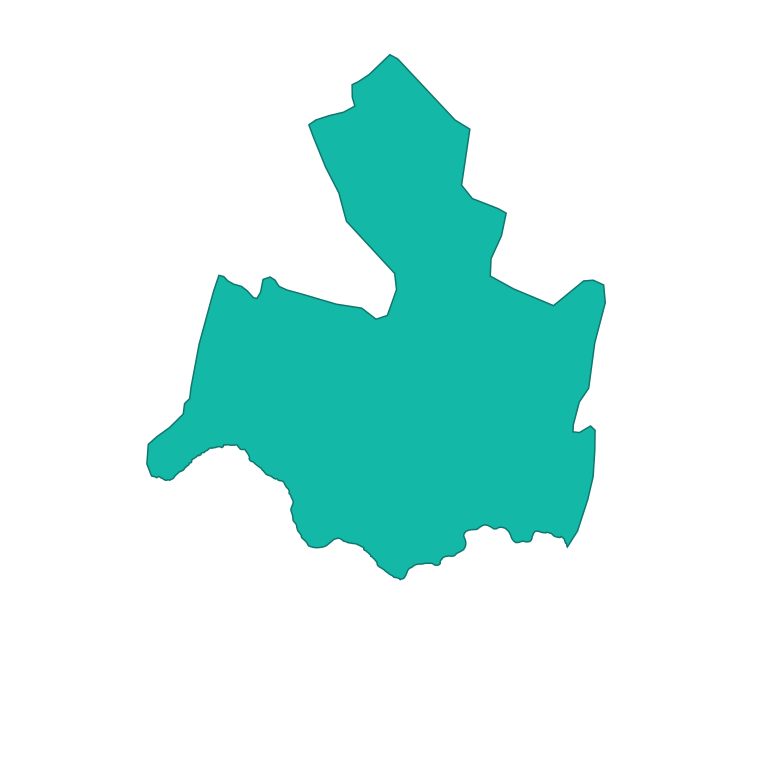 Toledo, Canelones, Uruguay (Mercator projection), rotated 318°
{"feature_id": "84410073B33780551405566", "entity_name": "Toledo", "entity_type": "district", "adm_level": 2, "iso_a3": "URY", "parent_name": "Uruguay", "parent_adm1": "Canelones", "projection": "mercator", "projection_center": [-56.115, -34.726], "detail": "fine", "context": "isolated", "style": "filled", "palette": "teal", "viewbox_px": 768, "rotation_deg": 318, "n_neighbors": 0, "source": "geoboundaries", "source_scale": "gbopen_adm2", "svg_char_len": 6171}
<svg xmlns="http://www.w3.org/2000/svg" viewBox="0 0 768 768"><g transform="rotate(318 384 384)"><path d="M618.3,252.1L613.4,235.4L611.7,151.6L608.7,143.2L580.1,144.1L566.8,142.1L560.6,140.2L552.3,149.7L548.3,158.0L535.9,155.0L523.2,148.1L510.3,142.3L501.6,141.1L496.5,154.0L485.7,183.8L478.3,211.8L465.0,237.9L465.9,309.0L456.5,322.2L442.6,329.8L432.3,335.3L421.4,330.5L418.2,312.7L401.9,292.7L381.6,259.8L374.8,249.3L371.3,241.2L372.5,233.8L371.0,228.3L364.1,225.4L353.7,233.2L346.8,235.4L344.7,232.5L344.7,223.2L343.4,216.1L339.1,209.3L336.9,202.8L336.8,197.0L334.0,192.8L319.0,201.3L273.4,230.6L238.2,257.5L229.9,264.8L222.7,265.1L214.7,272.0L195.4,272.9L180.1,271.2L168.5,271.1L154.3,284.7L149.7,296.8L150.1,297.6L150.7,298.1L151.1,298.8L151.6,299.4L151.9,300.2L152.2,301.1L152.5,301.6L153.5,301.8L154.2,301.8L154.7,302.0L155.2,302.8L155.2,303.4L155.4,304.3L155.7,305.0L156.2,305.8L156.4,307.4L156.8,308.1L157.2,309.3L158.0,310.0L158.6,310.3L159.3,310.6L159.9,311.2L160.2,311.9L160.9,312.3L161.6,312.4L162.4,312.6L163.5,313.0L164.3,313.1L165.2,313.0L166.0,312.7L167.1,312.5L168.1,312.4L171.6,312.4L172.5,312.2L174.2,312.8L175.3,313.2L176.3,313.5L177.4,313.7L178.7,313.5L180.4,313.0L181.4,313.3L182.0,312.8L182.7,313.2L184.7,313.4L185.3,313.3L185.8,312.8L186.2,312.4L186.9,312.7L187.7,313.3L188.3,313.3L189.0,313.1L189.4,312.5L190.1,312.2L190.6,311.8L190.9,311.8L191.8,311.9L192.7,312.2L193.6,312.2L194.4,312.4L195.8,312.6L196.7,312.5L197.2,312.5L197.8,312.8L198.5,313.3L198.8,312.9L199.3,313.3L199.8,313.8L200.8,314.0L201.4,313.5L202.0,313.1L202.6,313.3L203.2,313.6L203.9,314.3L204.9,314.6L205.9,314.4L206.3,314.3L206.8,314.4L207.3,314.8L207.9,315.0L208.8,315.0L209.6,315.1L210.4,315.1L211.3,315.1L212.2,315.4L212.7,315.9L213.6,316.9L214.4,317.1L215.5,317.9L216.6,318.7L217.3,318.7L217.9,319.2L218.4,319.4L218.9,319.7L219.7,320.3L220.4,321.3L220.7,322.3L221.2,322.9L222.2,322.9L223.2,322.8L223.7,322.1L224.5,322.1L224.9,322.4L225.1,323.0L225.7,323.3L225.9,323.8L226.8,323.9L227.5,324.9L229.0,326.8L229.8,327.5L231.0,328.5L231.6,329.2L233.0,329.9L233.6,330.5L234.0,331.2L233.7,333.7L233.7,335.2L233.6,336.2L234.4,337.5L235.9,338.7L236.6,339.2L236.9,340.0L236.5,340.9L236.5,341.9L236.1,345.1L235.6,347.1L235.0,348.4L233.8,349.3L233.3,350.6L233.5,352.5L234.1,353.5L234.8,354.5L234.8,356.1L235.0,358.2L235.2,359.2L235.6,361.2L235.7,362.2L235.9,363.1L236.4,364.0L236.2,365.2L236.0,366.4L236.2,367.8L236.1,369.6L236.1,371.2L236.1,372.5L236.6,373.8L237.2,374.8L237.8,375.9L238.5,377.3L238.6,378.6L239.2,380.5L239.7,381.9L241.0,382.7L241.3,383.8L241.0,384.7L241.6,385.5L242.0,386.4L242.9,386.9L243.7,388.8L243.9,390.0L243.1,392.0L242.9,393.2L242.7,394.6L242.4,395.2L242.5,396.4L242.6,398.4L242.1,399.9L240.9,401.2L240.3,401.7L240.3,402.8L240.2,404.3L239.7,405.1L239.4,406.3L238.8,407.9L238.6,408.9L238.1,410.1L237.1,411.5L235.6,412.4L233.9,413.2L231.2,414.6L230.5,415.4L229.7,416.8L229.1,418.4L227.9,420.9L227.0,422.2L225.4,424.2L225.1,425.0L224.9,429.2L224.3,430.8L223.3,432.1L222.5,433.8L221.9,434.9L221.7,435.9L221.6,437.1L221.6,438.1L221.5,439.1L221.3,440.6L221.0,441.6L220.4,442.1L220.0,443.2L220.1,444.1L220.2,445.3L220.3,446.2L220.4,447.1L220.6,448.5L220.4,450.7L219.8,452.8L219.7,453.9L220.7,455.9L221.4,456.9L222.2,458.2L223.1,459.2L224.1,460.3L225.2,461.2L226.4,462.2L227.5,462.9L228.7,463.7L230.3,464.6L231.8,465.2L233.6,465.6L237.9,465.8L239.8,465.9L240.9,465.9L242.1,465.9L243.3,466.1L246.8,467.9L247.5,468.6L247.8,469.2L248.0,469.7L248.5,471.2L248.6,471.7L248.5,472.5L248.7,473.0L249.0,473.9L249.3,474.3L249.8,475.2L250.3,476.0L250.8,476.9L251.3,478.2L253.2,480.3L253.6,481.0L254.1,481.6L254.6,482.2L255.2,482.7L255.8,483.4L256.2,484.1L257.0,485.8L257.5,486.8L257.8,487.7L258.2,488.7L258.4,489.6L258.9,490.4L259.3,491.4L259.4,492.1L259.0,492.6L258.5,493.0L258.2,493.7L258.3,494.6L259.0,496.0L259.1,496.9L259.1,497.9L259.4,498.7L259.4,499.5L259.4,500.4L259.6,501.4L259.4,502.5L258.9,502.9L258.9,503.4L259.5,503.9L259.4,504.9L259.4,505.6L259.6,507.3L259.6,508.3L259.5,510.7L259.4,511.5L259.2,512.2L258.5,513.2L258.0,514.1L258.0,515.8L258.2,516.9L259.1,519.5L259.3,520.7L259.8,522.1L259.8,523.4L260.1,525.4L260.6,527.3L260.8,528.9L261.3,530.5L261.9,531.8L262.0,533.1L262.0,534.1L263.2,535.7L264.3,536.9L265.2,539.1L265.1,540.2L265.8,540.2L266.5,540.6L267.5,541.3L268.2,541.4L269.5,541.6L270.8,541.1L272.3,540.7L276.8,538.5L278.1,538.1L280.1,538.1L281.7,538.8L283.2,538.9L284.4,538.9L286.2,539.3L287.4,539.9L288.6,540.6L289.4,541.1L290.8,542.4L292.1,543.4L293.8,544.4L295.3,545.2L296.1,546.1L297.3,547.1L298.4,548.3L299.6,549.2L300.0,550.2L300.2,551.0L300.4,552.0L300.9,553.0L301.3,553.5L302.3,554.2L303.3,554.9L304.2,555.1L305.5,555.1L306.2,554.5L306.5,554.0L307.3,553.3L308.7,552.9L310.4,552.8L311.5,552.4L312.8,552.8L314.1,553.2L315.3,554.0L316.5,554.8L317.6,555.6L318.9,557.1L320.3,558.2L321.8,558.8L323.0,558.6L325.5,558.7L327.0,559.2L328.9,559.7L332.2,560.3L333.5,560.0L334.9,559.5L336.4,558.7L337.8,557.6L338.9,556.3L339.7,554.9L340.4,553.4L340.8,552.1L341.5,550.4L342.7,549.2L344.6,548.6L346.5,548.4L347.9,548.9L349.9,549.7L351.1,550.5L353.5,552.4L354.9,553.6L356.3,554.3L359.1,554.5L361.8,554.9L364.2,555.8L366.1,557.8L367.1,559.8L368.1,562.7L368.7,565.2L370.5,566.7L374.0,567.7L376.0,569.7L377.5,572.2L377.9,574.8L377.9,577.8L377.1,580.6L375.6,584.4L375.3,587.5L375.8,589.9L377.5,591.5L379.2,592.3L381.0,593.1L382.9,594.6L383.8,596.3L385.2,597.5L387.0,598.6L388.8,598.6L390.4,597.9L391.7,596.8L393.6,595.9L395.0,595.0L396.8,594.7L398.1,594.8L399.6,596.1L400.8,597.8L401.8,599.6L402.8,600.9L403.6,601.8L404.9,603.0L405.8,603.0L406.4,603.9L407.2,605.3L408.4,607.1L408.6,610.6L409.1,611.8L410.0,613.2L411.0,614.6L412.0,615.8L412.8,616.0L413.4,615.7L413.8,616.3L414.0,617.5L414.2,619.1L414.0,620.4L413.4,621.8L412.8,622.8L412.5,623.8L412.8,624.6L412.5,625.4L411.6,626.4L411.2,627.8L429.3,622.8L458.1,606.2L477.4,592.8L496.5,574.1L509.9,559.6L509.4,553.4L496.8,550.9L492.4,546.0L497.4,541.0L517.0,528.1L533.3,524.1L568.2,494.4L602.9,471.6L613.5,457.4L608.9,446.8L601.3,441.0L562.4,439.2L544.0,400.2L535.2,374.9L547.4,362.5L570.4,352.5L589.1,338.8L586.2,330.2L573.7,305.3L574.7,288.1L618.3,252.1Z" fill="#14b8a6" stroke="#0f766e" stroke-width="1.5"/></g></svg>